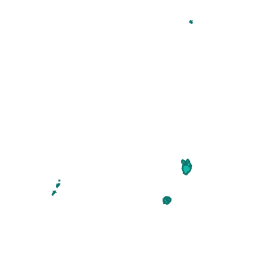 outline of Temotu Vatu, Temotu, Solomon Islands, rotated 253°
{"feature_id": "97153195B86794958448560", "entity_name": "Temotu Vatu", "entity_type": "district", "adm_level": 2, "iso_a3": "SLB", "parent_name": "Solomon Islands", "parent_adm1": "Temotu", "projection": "mercator", "projection_center": [166.908, -11.034], "detail": "fine", "context": "isolated", "style": "filled", "palette": "teal", "viewbox_px": 256, "rotation_deg": 253, "n_neighbors": 0, "source": "geoboundaries", "source_scale": "gbopen_adm2", "svg_char_len": 4773}
<svg xmlns="http://www.w3.org/2000/svg" viewBox="0 0 256 256"><g transform="rotate(253 128 128)"><path d="M80.5,175.9L80.3,175.4L79.9,174.8L79.7,174.4L79.2,173.8L78.8,174.1L78.2,174.2L77.5,173.4L77.3,173.3L77.0,173.4L76.5,173.2L76.5,172.9L76.4,172.9L76.2,173.1L76.3,173.4L76.7,173.6L76.5,173.8L76.3,174.1L76.1,174.1L76.0,173.9L75.8,173.8L75.9,173.7L75.7,173.6L75.4,173.6L75.4,173.4L75.7,173.1L75.7,172.7L75.8,172.6L75.8,172.2L75.8,172.3L76.0,172.1L75.9,171.9L76.0,171.8L75.8,171.6L75.9,171.4L75.9,171.1L76.0,171.0L75.9,171.0L76.2,170.9L76.4,170.7L76.8,170.2L76.8,169.9L76.7,169.7L76.3,169.5L75.9,169.5L75.7,169.3L75.2,169.3L75.1,169.0L74.8,169.0L74.3,168.8L74.1,168.5L73.9,168.5L73.9,168.4L73.5,168.1L73.1,168.0L72.9,168.2L72.6,168.2L71.8,168.2L71.6,168.1L71.3,168.2L71.1,168.1L70.9,168.3L70.3,168.4L70.2,168.5L69.5,168.3L69.1,168.3L68.9,168.2L68.6,167.9L68.4,168.0L68.3,168.5L68.2,168.8L67.9,168.9L67.6,169.1L67.3,169.0L67.1,169.3L66.8,169.5L66.7,169.9L66.5,170.0L66.4,170.5L66.6,170.5L66.9,171.1L67.0,171.1L67.4,171.0L67.6,171.5L67.6,171.8L67.7,171.7L68.0,171.8L68.0,172.1L68.3,172.2L67.9,172.7L67.9,172.8L68.0,173.0L68.2,173.6L68.3,173.7L68.5,173.7L68.6,173.9L68.5,174.2L68.7,174.5L69.0,174.8L69.6,175.1L69.7,175.4L69.8,175.5L70.0,175.7L70.5,175.8L70.9,176.4L71.3,176.7L71.9,176.6L72.2,176.4L72.4,176.4L72.5,176.2L72.7,175.8L72.8,175.7L73.0,175.4L73.3,175.3L73.5,175.2L73.8,175.2L73.9,175.5L73.4,176.0L73.1,176.2L72.7,177.0L72.7,177.3L72.9,177.4L73.1,177.4L73.2,177.5L73.5,177.6L74.0,177.4L74.8,177.3L74.8,177.2L75.1,177.1L75.3,177.1L75.7,176.9L76.4,176.8L77.0,176.6L77.3,176.7L77.1,176.2L77.2,175.6L77.4,175.6L77.7,175.7L78.0,176.1L78.2,176.7L78.3,176.8L79.2,176.6L79.4,176.5L79.5,176.5L79.8,176.2L80.1,176.1L80.3,176.1L80.5,175.9ZM51.1,143.7L50.9,143.4L50.8,143.5L50.5,143.4L50.5,143.5L50.5,143.4L50.3,143.4L50.1,143.3L49.9,143.5L49.7,143.5L49.2,143.7L49.0,143.4L49.9,143.0L50.5,142.4L50.4,142.1L50.0,142.1L49.5,142.1L49.4,142.0L49.6,141.5L49.6,141.1L49.1,141.3L48.9,141.2L48.6,141.0L48.6,140.8L48.4,140.7L48.1,141.2L47.8,141.3L47.7,141.1L47.7,140.8L47.3,140.4L47.1,140.5L47.1,140.8L46.9,141.0L47.0,141.2L46.8,141.4L46.7,141.5L46.4,141.1L46.5,140.9L46.4,140.6L46.0,140.8L46.1,141.0L46.0,140.9L46.0,141.1L45.5,140.8L45.5,141.0L45.4,141.1L45.6,141.3L45.5,141.6L45.4,141.7L45.1,141.9L45.1,142.0L45.0,142.3L44.4,142.5L44.2,142.6L44.3,142.8L44.0,142.9L44.0,143.0L43.9,143.2L43.9,143.4L44.1,143.5L44.4,143.6L44.5,143.7L44.5,143.9L44.4,143.9L44.3,144.1L44.2,144.1L44.2,144.7L44.1,144.8L44.5,145.3L44.8,145.3L45.0,145.1L45.4,145.0L45.8,144.6L46.1,144.6L46.5,144.4L46.6,144.2L46.6,143.9L46.9,143.7L47.1,143.5L47.3,143.8L47.5,143.8L47.3,143.9L47.2,144.2L47.0,144.3L47.4,144.4L47.6,144.6L47.8,144.6L47.8,144.8L47.7,145.1L47.1,145.0L46.9,144.9L46.3,145.1L46.1,145.4L46.2,145.5L45.9,145.8L46.0,145.9L45.8,145.9L45.6,146.2L45.5,146.4L45.4,146.4L45.2,146.6L45.3,146.8L45.5,146.9L45.8,147.4L46.0,147.5L46.6,147.8L47.0,147.8L47.2,147.6L47.2,147.4L47.3,147.3L47.5,147.7L47.4,148.1L47.6,148.2L48.4,147.7L48.6,147.1L48.8,147.3L49.1,147.2L49.2,147.3L49.9,146.9L50.0,146.7L50.2,146.2L50.3,146.1L50.5,145.7L50.5,145.4L50.3,145.6L49.5,145.6L49.1,145.8L49.1,145.6L48.9,145.5L48.9,145.4L48.6,145.3L48.6,145.2L48.6,144.8L48.9,145.0L49.0,144.8L49.0,144.6L49.3,144.9L49.5,145.0L49.8,145.0L49.8,144.9L50.2,144.7L50.3,144.8L50.5,144.5L50.8,144.5L50.8,144.2L51.0,144.0L51.1,143.7ZM81.2,170.9L80.8,170.8L80.7,170.7L80.8,170.4L81.0,170.2L80.8,169.9L80.6,170.0L80.4,170.0L80.3,169.8L80.2,169.6L79.9,169.6L79.6,169.5L79.3,169.5L78.8,169.8L78.7,169.7L78.5,170.0L78.2,170.4L78.1,170.8L78.0,171.0L77.9,171.1L77.8,171.3L77.4,171.4L77.2,171.6L77.3,172.0L77.6,172.5L77.4,172.7L77.3,173.0L77.5,173.1L77.8,173.1L78.2,172.9L79.1,172.6L79.5,172.3L80.2,172.2L80.5,171.9L80.6,171.7L80.9,171.3L81.0,171.3L81.0,171.1L81.2,170.9ZM94.8,45.3L94.7,44.8L94.7,44.6L94.5,44.3L94.6,44.1L94.7,43.8L94.4,43.8L94.3,43.6L94.0,43.5L93.8,43.1L93.5,42.9L92.6,42.7L92.4,42.8L92.6,42.9L92.5,43.3L93.0,43.8L92.8,44.0L92.9,44.4L93.1,44.5L93.3,45.0L93.7,45.5L94.2,45.8L94.4,46.1L94.7,45.8L94.8,45.5L94.7,45.4L94.8,45.3ZM212.1,219.3L212.0,219.1L211.9,218.7L211.7,218.4L211.2,218.2L210.7,218.4L210.3,219.1L209.7,219.5L209.9,220.0L210.2,220.1L211.2,219.7L211.3,219.8L211.3,219.7L211.6,219.5L212.1,219.3ZM88.9,39.0L88.9,38.8L88.6,38.8L88.7,38.6L88.4,38.7L88.0,38.6L87.8,38.6L87.7,38.6L87.5,38.8L87.4,38.8L87.5,39.0L87.9,39.3L87.9,39.6L88.0,39.5L88.5,39.4L88.7,39.6L88.8,39.0L88.9,39.0ZM86.7,37.0L86.6,36.9L86.7,36.7L86.4,36.6L86.4,36.4L86.3,36.2L86.2,36.2L86.1,36.3L86.0,36.1L85.8,36.1L85.7,36.0L85.6,35.9L86.0,36.4L86.0,36.5L86.3,36.6L86.6,37.0L86.7,37.0ZM87.7,37.5L87.3,37.1L87.1,37.3L87.2,37.5L87.7,37.5ZM97.9,46.9L97.6,46.8L97.6,47.2L97.7,47.3L97.8,47.3L97.8,47.0L97.9,46.9Z" fill="#14b8a6" stroke="#0f766e" stroke-width="1.5"/></g></svg>